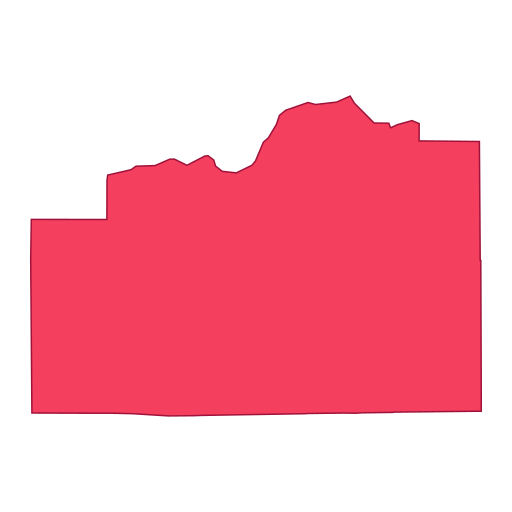 outline of Cassia, Idaho, United States of America
{"feature_id": "52423323B45878756747567", "entity_name": "Cassia", "entity_type": "district", "adm_level": 2, "iso_a3": "USA", "parent_name": "United States of America", "parent_adm1": "Idaho", "projection": "equal_earth", "projection_center": [-113.644, 42.338], "detail": "fine", "context": "isolated", "style": "filled", "palette": "rose", "viewbox_px": 512, "rotation_deg": 0, "n_neighbors": 0, "source": "geoboundaries", "source_scale": "gbopen_adm2", "svg_char_len": 871}
<svg xmlns="http://www.w3.org/2000/svg" viewBox="0 0 512 512"><path d="M155.0,165.6L136.0,166.2L131.0,169.7L107.7,175.1L107.0,180.2L106.9,219.5L31.3,219.4L30.7,259.1L31.9,413.0L93.0,413.2L109.1,413.2L113.8,413.2L113.8,413.3L116.1,413.3L132.8,413.7L168.1,415.9L193.1,415.7L202.2,415.4L213.3,415.2L305.7,413.7L307.2,413.5L330.0,413.2L340.3,413.1L342.3,413.0L355.9,413.2L362.1,412.8L393.4,412.4L393.9,412.1L481.0,411.2L481.3,411.2L480.8,260.5L480.2,260.5L479.4,141.5L419.1,140.9L419.2,123.6L412.0,120.6L397.6,124.6L390.5,127.8L388.8,123.2L374.1,123.0L354.4,103.2L350.1,96.1L336.6,102.1L315.5,104.5L308.0,102.5L285.8,110.2L279.5,115.3L276.3,124.6L268.4,137.8L263.4,142.2L255.5,160.9L252.0,165.2L236.3,172.9L222.2,171.3L215.6,166.1L213.8,160.1L208.0,155.7L204.7,156.1L186.9,165.3L174.4,159.1L169.7,159.2L155.0,165.6Z" fill="#f43f5e" stroke="#9f1239" stroke-width="1.5"/></svg>